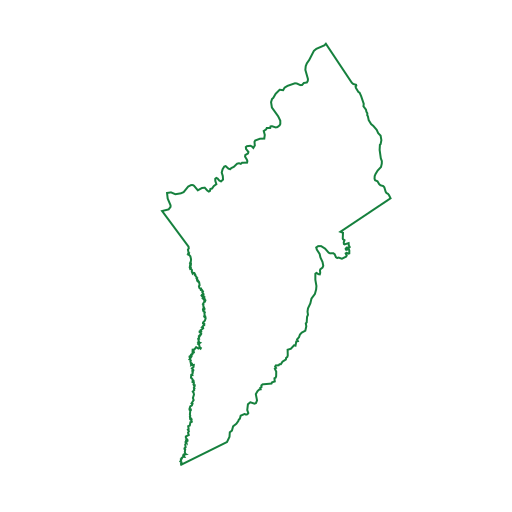 the district of Eirunepé, Amazonas, Brazil, rotated 326°
{"feature_id": "56859067B78365378288365", "entity_name": "Eirunepé", "entity_type": "district", "adm_level": 2, "iso_a3": "BRA", "parent_name": "Brazil", "parent_adm1": "Amazonas", "projection": "natural_earth1", "projection_center": [-70.397, -7.041], "detail": "fine", "context": "isolated", "style": "outline", "palette": "green", "viewbox_px": 512, "rotation_deg": 326, "n_neighbors": 0, "source": "geoboundaries", "source_scale": "gbopen_adm2", "svg_char_len": 6135}
<svg xmlns="http://www.w3.org/2000/svg" viewBox="0 0 512 512"><g transform="rotate(326 256 256)"><path d="M127.9,394.0L132.9,391.1L135.7,387.5L138.4,387.3L141.8,384.4L145.9,384.1L149.1,382.9L150.3,382.0L151.6,381.9L154.0,379.8L158.2,380.6L159.0,381.9L160.4,382.4L161.8,381.9L162.6,378.8L166.4,374.4L169.5,374.1L172.2,377.6L173.7,377.9L176.1,376.3L178.6,370.4L181.7,368.9L184.0,368.5L185.3,369.1L185.8,367.7L187.3,367.7L188.1,366.3L189.7,366.1L197.5,370.4L198.7,369.7L201.4,370.5L202.9,367.7L204.3,367.8L205.5,366.9L208.1,363.2L208.6,360.0L210.0,360.0L210.0,358.4L211.3,357.8L213.6,359.3L214.9,358.9L216.1,359.6L218.9,358.4L222.9,358.5L224.0,357.3L225.5,357.2L226.7,356.2L229.8,351.4L233.0,352.4L237.7,351.3L238.6,352.4L241.6,349.4L243.1,350.0L243.4,348.1L246.2,347.4L248.5,345.7L251.1,345.1L255.1,345.5L258.4,342.4L259.6,339.7L260.9,339.4L264.3,335.0L266.2,333.8L267.6,330.9L269.8,328.5L274.5,325.7L278.2,322.3L283.6,320.4L287.1,317.4L289.3,314.7L291.9,308.9L295.3,303.9L296.7,303.8L297.6,306.0L298.6,306.9L299.8,305.9L301.0,303.7L301.9,303.0L304.7,302.8L306.3,301.7L307.8,298.2L308.6,293.2L309.9,289.9L310.0,284.7L310.7,282.6L313.1,282.6L315.5,284.2L317.4,288.5L318.1,293.9L318.9,295.2L321.6,296.9L322.2,298.5L321.6,301.7L322.2,303.1L323.6,303.5L325.7,306.3L330.4,306.9L331.5,306.3L331.8,304.0L332.9,304.0L334.0,305.8L334.8,306.0L336.4,303.7L336.7,302.8L336.4,302.1L334.5,301.5L334.1,301.0L334.4,300.1L335.9,299.7L338.0,301.2L338.7,301.0L338.9,299.0L340.0,297.1L335.9,295.9L335.6,295.2L336.4,293.7L338.2,292.4L337.5,290.8L337.7,290.0L341.1,285.4L339.5,283.1L399.8,283.4L400.3,279.9L400.2,278.3L399.4,276.8L399.4,275.3L400.8,270.8L400.6,269.2L398.7,266.9L398.3,265.3L398.5,262.0L397.1,259.8L397.5,258.2L399.1,256.1L400.9,254.9L404.6,253.2L409.4,252.1L411.9,249.8L413.4,247.7L414.1,244.8L417.8,237.2L420.9,233.1L421.9,232.9L424.7,230.1L426.6,225.9L426.0,222.5L426.6,218.9L426.0,213.7L425.2,211.1L425.4,206.4L426.9,202.7L426.9,201.6L428.1,199.9L428.2,198.1L429.0,196.2L428.8,192.0L430.4,190.1L432.6,182.1L433.2,178.5L432.6,177.3L432.8,172.5L433.3,171.2L434.4,170.9L434.7,170.0L432.8,167.8L432.3,165.9L432.6,119.1L430.5,119.6L421.9,118.0L418.7,118.3L409.8,123.2L405.9,124.7L403.4,126.4L401.0,129.3L398.0,138.4L396.8,139.8L395.2,140.6L392.4,139.3L389.8,140.0L388.3,139.1L386.3,135.8L384.9,134.6L377.4,132.6L373.9,132.4L371.2,133.7L368.6,131.4L363.0,132.5L358.7,134.6L357.1,134.8L354.5,136.9L352.2,141.8L352.5,152.6L351.8,157.4L350.0,160.1L348.6,160.9L345.8,161.1L344.2,160.4L341.8,157.3L340.5,156.7L339.4,157.8L336.5,155.9L335.2,156.7L332.3,156.7L331.0,160.5L328.5,163.3L324.9,161.0L319.9,159.8L318.6,160.5L316.8,163.7L314.2,164.9L313.9,163.0L313.0,161.5L309.9,159.9L308.5,160.0L307.6,161.7L307.9,165.5L306.7,166.5L303.6,166.3L302.5,167.5L302.3,171.1L301.9,172.5L300.8,173.6L296.6,170.9L294.9,171.1L293.8,169.6L291.9,168.9L287.5,169.7L284.7,169.3L283.1,169.6L282.0,168.2L281.1,164.5L279.7,164.1L276.8,165.4L274.2,167.7L273.2,171.1L271.4,174.2L268.7,174.6L267.7,172.8L267.5,170.4L266.8,169.1L265.4,169.2L264.3,170.9L263.3,174.3L260.1,174.4L257.3,175.5L255.7,174.9L254.2,176.3L252.9,176.2L252.2,174.4L251.7,170.7L249.2,169.4L244.5,169.0L243.9,163.1L243.3,161.9L241.9,160.9L238.6,160.5L231.7,162.6L228.7,162.0L223.7,159.7L221.1,155.7L217.5,154.0L214.9,159.0L213.5,166.2L212.6,167.5L209.6,168.5L203.3,166.2L205.3,210.5L204.5,212.1L203.1,212.7L202.0,215.5L201.1,216.1L201.8,216.4L200.8,217.3L201.2,217.7L201.4,219.6L200.3,222.4L199.1,223.9L197.5,224.9L198.0,225.6L197.6,226.3L196.9,226.2L196.6,227.2L196.1,226.9L194.9,228.2L195.5,229.1L195.1,229.5L194.5,229.1L194.2,230.0L194.9,230.2L195.0,231.9L194.0,233.1L193.6,235.2L194.8,235.0L195.4,235.6L195.2,237.6L194.7,237.6L194.9,240.4L194.3,241.1L194.8,241.5L193.7,242.8L193.4,244.1L193.6,244.7L194.2,244.4L194.2,245.9L192.9,248.7L191.8,249.1L191.2,250.7L191.3,251.5L192.2,252.2L191.4,253.3L192.2,253.7L192.2,255.7L191.3,255.8L191.2,258.2L190.8,258.9L190.1,258.8L190.5,258.2L189.8,258.0L189.5,258.6L189.3,258.1L188.7,258.3L188.8,259.3L189.5,259.6L190.1,260.8L188.7,261.1L189.7,262.1L189.5,262.6L188.3,262.1L188.4,263.6L189.2,263.6L189.3,264.4L188.1,265.3L187.5,265.0L185.1,266.2L185.3,266.8L184.4,267.8L183.8,271.0L183.4,271.4L182.7,270.2L182.0,270.8L181.5,272.5L182.1,274.1L181.1,274.8L180.0,277.1L179.3,277.0L179.2,277.8L180.0,278.1L179.4,279.5L177.5,281.0L175.0,281.5L174.4,282.2L175.2,283.3L174.4,284.4L173.9,284.1L171.7,284.8L172.2,285.2L171.8,286.4L168.5,286.6L168.4,287.6L167.0,287.1L166.6,287.8L167.4,289.4L167.0,290.0L165.3,290.7L165.0,290.2L163.8,290.5L163.7,291.4L162.7,291.9L162.5,292.8L161.7,292.5L160.9,294.8L160.0,295.1L161.1,296.7L160.4,296.7L159.8,296.0L158.8,296.5L159.3,297.7L158.3,299.8L158.8,301.5L158.2,301.8L157.8,300.5L156.5,300.5L155.4,298.1L152.7,299.0L151.1,298.2L150.3,299.3L151.3,299.4L150.6,301.2L149.9,301.2L149.6,300.5L148.4,301.8L147.6,301.4L147.0,301.5L146.9,302.3L144.8,302.1L144.4,302.5L144.3,303.3L145.2,303.7L143.2,304.5L143.6,304.9L143.5,306.2L142.8,306.5L141.8,308.9L142.4,308.5L142.7,309.4L142.5,310.1L141.6,310.5L143.5,311.5L142.1,313.1L140.0,313.3L140.3,315.4L139.9,315.8L139.1,315.5L138.8,316.0L139.2,316.3L138.4,316.7L138.3,317.5L137.0,318.3L136.7,319.1L135.8,318.4L134.0,320.6L134.5,322.0L134.0,323.7L134.5,324.1L134.4,324.7L133.3,324.5L132.9,325.0L133.5,325.6L133.6,326.5L132.3,327.6L132.2,328.4L132.9,328.8L132.6,329.4L130.8,330.5L130.9,331.4L130.1,331.7L129.8,332.6L127.7,333.1L127.8,334.4L127.1,336.2L124.3,338.4L123.7,340.6L120.2,342.1L120.7,343.0L119.3,344.0L117.4,343.9L115.2,345.7L115.0,346.3L116.1,346.7L115.9,347.3L115.0,347.5L112.6,350.4L112.1,351.8L111.5,352.0L110.5,353.9L111.2,353.9L111.3,355.1L110.5,355.0L110.3,357.2L109.9,357.6L108.7,357.1L106.3,359.5L104.6,359.2L103.4,361.8L102.4,361.9L102.4,363.7L100.8,364.5L100.2,366.8L96.9,366.4L96.2,367.5L96.3,370.4L95.8,370.9L94.8,369.9L94.1,371.5L94.0,370.7L93.5,370.8L93.2,372.2L91.9,372.7L90.7,375.2L89.2,375.4L88.8,376.0L89.1,376.8L87.5,378.5L86.7,380.5L87.0,381.1L85.5,380.4L85.1,381.0L84.8,380.2L84.2,380.5L84.2,382.4L83.3,381.7L81.4,381.9L81.2,382.5L80.1,382.4L79.6,383.5L78.4,384.0L78.9,385.4L77.5,386.4L77.3,387.2L127.9,394.0Z" fill="none" stroke="#15803d" stroke-width="2"/></g></svg>